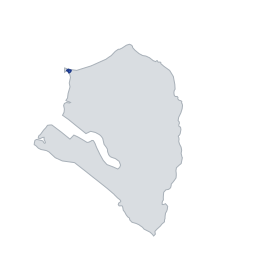 location of Pikine, Dakar, Senegal, rotated 38°
{"feature_id": "50182788B8601261498481", "entity_name": "Pikine", "entity_type": "district", "adm_level": 2, "iso_a3": "SEN", "parent_name": "Senegal", "parent_adm1": "Dakar", "projection": "natural_earth1", "projection_center": [-17.365, 14.773], "detail": "fine", "context": "in_parent", "style": "filled", "palette": "blue", "viewbox_px": 256, "rotation_deg": 38, "n_neighbors": 0, "source": "geoboundaries", "source_scale": "gbopen_adm2", "svg_char_len": 3679}
<svg xmlns="http://www.w3.org/2000/svg" viewBox="0 0 256 256"><g transform="rotate(38 128 128)"><path d="M189.1,117.9L191.8,123.3L191.2,125.8L190.6,129.5L192.1,132.2L193.9,134.0L195.2,135.6L196.6,137.8L196.8,142.3L196.6,145.5L197.5,146.9L198.3,148.8L198.1,150.3L197.6,151.6L195.9,153.4L195.7,156.7L198.4,160.8L200.2,163.0L200.2,164.2L200.7,165.6L202.0,167.2L202.8,166.8L203.7,165.5L204.1,164.6L206.4,165.0L207.6,165.4L209.1,168.1L209.7,169.8L210.0,172.0L211.6,174.8L213.0,176.7L213.3,177.9L214.5,179.5L213.8,183.2L213.9,185.0L213.1,189.9L212.9,192.2L213.0,193.1L214.9,194.8L214.7,197.3L212.8,196.8L209.5,196.5L202.9,197.8L200.6,197.3L196.2,197.5L193.2,198.2L189.2,199.8L186.2,199.4L184.5,198.1L182.4,198.2L179.9,197.5L177.3,196.3L174.9,195.7L172.3,193.4L171.1,193.0L170.3,193.6L169.6,194.4L168.9,194.8L167.5,194.4L166.9,192.9L167.4,191.4L167.5,190.3L166.8,189.7L165.3,189.5L162.7,189.5L158.6,189.0L157.7,188.8L148.6,188.4L139.1,188.3L131.1,188.3L120.9,188.2L113.8,188.2L107.2,188.2L102.0,191.2L96.5,194.4L89.0,196.2L80.4,195.5L77.7,196.0L74.8,197.4L72.7,198.5L69.8,199.1L65.9,198.6L64.4,198.9L63.4,197.4L62.3,195.0L63.0,193.3L65.3,192.1L68.9,190.6L70.7,191.4L71.8,191.4L72.0,190.5L71.6,190.0L69.0,188.7L67.6,187.0L66.5,188.0L65.5,190.1L64.7,190.7L63.5,191.3L62.8,189.9L62.5,188.5L63.0,187.4L62.8,181.5L63.1,178.3L62.9,175.5L64.6,173.7L66.1,172.5L72.3,172.4L78.0,172.3L83.5,172.4L89.1,172.5L89.7,166.9L91.4,166.5L94.1,165.9L99.1,165.2L104.6,164.6L105.7,163.5L106.7,161.6L107.2,160.0L108.4,159.3L109.9,159.8L111.9,160.7L114.0,162.0L116.4,163.3L118.1,164.1L121.9,166.0L128.5,168.8L133.9,169.8L140.4,167.8L145.2,166.6L145.7,164.2L145.0,161.8L141.5,159.7L136.7,159.9L135.2,160.5L133.0,161.2L131.7,161.5L129.4,161.0L126.5,159.2L124.7,157.3L122.2,156.4L119.2,155.6L114.4,151.7L111.9,151.0L109.6,150.8L105.0,151.6L100.6,153.6L98.3,158.3L93.8,158.2L84.4,158.1L75.7,157.9L68.6,158.3L67.9,154.9L66.2,152.2L63.4,149.9L62.8,147.8L63.7,145.9L66.4,144.4L67.0,143.3L65.6,143.5L63.5,144.4L62.1,144.5L61.9,141.6L59.6,137.8L57.0,131.3L54.0,128.7L51.5,123.5L48.9,121.5L46.5,120.6L44.4,120.8L43.7,123.1L41.1,119.7L44.6,118.5L52.1,114.2L60.6,101.9L68.3,87.4L69.3,84.0L70.2,81.4L70.8,75.4L71.9,71.9L72.9,71.2L74.2,68.5L75.8,63.7L77.6,61.1L79.5,60.6L81.1,60.8L82.2,61.8L85.4,62.4L90.8,62.6L94.9,61.9L97.8,60.3L101.7,59.4L106.4,59.4L108.9,58.7L109.2,57.3L109.8,56.9L110.8,57.5L111.7,57.3L112.6,56.3L113.5,56.2L114.3,57.1L118.3,57.3L125.4,57.0L132.0,59.5L138.0,64.8L141.2,68.4L141.4,70.1L142.4,71.9L144.2,73.7L145.8,74.1L147.3,72.9L148.5,73.1L149.3,74.4L151.1,74.7L153.0,73.9L154.3,74.2L154.6,75.0L154.9,75.4L155.8,75.6L157.1,76.7L158.8,79.5L160.3,83.5L161.4,88.5L162.9,91.3L164.7,91.7L165.7,92.8L165.9,94.0L166.5,94.8L167.3,95.3L168.9,95.0L170.7,96.7L172.6,100.4L172.9,102.1L172.6,103.0L172.7,103.6L174.0,104.3L175.2,105.5L176.2,107.3L178.4,108.9L181.6,110.4L184.0,112.5L185.5,115.3L188.5,117.7L189.1,117.9Z" fill="#d9dde1" stroke="#a8b0b8" stroke-width="1"/><path d="M44.6,120.4L44.8,120.4L45.0,120.3L45.2,120.2L45.3,120.2L45.5,120.2L45.8,120.2L45.9,120.3L46.0,120.3L46.3,120.3L46.5,120.4L46.6,120.5L46.8,120.5L47.0,120.6L47.3,120.7L47.4,120.8L47.5,120.7L47.7,120.4L47.8,120.2L47.8,119.9L47.9,119.6L48.0,119.5L48.0,119.2L48.0,118.9L48.0,118.6L47.9,118.3L47.9,118.2L47.8,117.8L47.8,117.7L47.7,117.6L47.6,117.4L47.6,117.5L47.4,117.5L47.2,117.6L47.0,117.8L46.9,117.8L46.7,117.9L46.6,118.0L46.4,118.1L46.2,118.2L46.0,118.3L45.9,118.3L46.0,118.5L45.9,118.8L45.8,119.0L45.7,119.1L45.6,119.3L45.4,119.3L45.3,119.2L45.3,119.3L45.2,119.2L45.1,119.3L44.9,119.3L44.7,119.3L44.5,119.5L44.4,119.5L44.3,119.8L44.3,120.0L44.3,120.3L44.5,120.3L44.6,120.4Z" fill="#3b82f6" stroke="#1e3a8a" stroke-width="1.5"/></g></svg>